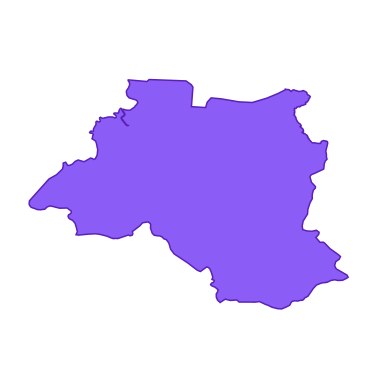 the district of Ngerutchei, Ngeremlengui, Palau, rotated 94°
{"feature_id": "81905179B75346360802885", "entity_name": "Ngerutchei", "entity_type": "district", "adm_level": 2, "iso_a3": "PLW", "parent_name": "Palau", "parent_adm1": "Ngeremlengui", "projection": "natural_earth1", "projection_center": [134.542, 7.526], "detail": "fine", "context": "isolated", "style": "filled", "palette": "violet", "viewbox_px": 384, "rotation_deg": 94, "n_neighbors": 0, "source": "geoboundaries", "source_scale": "gbopen_adm2", "svg_char_len": 5804}
<svg xmlns="http://www.w3.org/2000/svg" viewBox="0 0 384 384"><g transform="rotate(94 192 192)"><path d="M300.7,156.8L296.6,151.4L297.5,146.2L296.6,139.8L298.5,137.3L297.4,121.1L296.6,117.0L299.1,110.6L299.6,108.5L301.4,104.1L302.4,98.5L302.4,94.5L300.6,90.8L298.2,86.7L296.9,86.0L295.4,85.5L294.2,84.5L293.4,82.1L293.4,78.7L292.5,76.4L292.3,74.3L291.4,73.1L290.0,72.4L287.8,69.0L279.5,64.1L276.1,61.3L274.5,58.0L273.6,55.9L273.0,52.4L272.5,50.6L270.6,47.3L269.6,43.4L270.1,40.3L269.6,35.7L267.6,32.2L266.2,30.3L264.1,31.5L258.6,42.8L255.6,44.6L251.4,43.7L248.8,40.4L246.0,39.4L244.5,41.3L238.9,50.4L233.7,56.1L232.9,57.6L233.3,60.7L228.7,65.3L227.7,64.3L225.3,62.6L223.3,62.4L221.5,65.3L222.8,69.7L222.8,74.8L221.8,78.8L218.4,79.7L213.3,79.1L205.9,75.2L201.1,75.2L194.5,73.5L190.2,71.5L188.1,71.8L185.6,71.8L181.6,71.0L179.5,69.2L178.0,69.2L174.0,73.5L168.6,75.4L167.2,74.8L166.1,73.7L165.1,71.4L159.9,62.2L154.6,62.0L151.8,61.2L149.9,59.6L147.3,60.4L145.0,60.5L142.0,61.4L134.6,60.1L133.1,60.1L132.8,60.3L132.7,60.4L132.3,60.5L131.9,61.4L132.1,61.8L131.8,61.9L131.9,62.7L131.7,63.0L131.8,63.4L131.6,63.8L131.5,64.5L132.4,66.3L133.2,66.8L133.6,66.9L133.6,66.7L134.0,66.8L134.4,67.1L134.4,67.7L134.7,67.8L134.6,68.2L134.7,69.3L134.8,69.7L134.7,70.0L134.8,70.4L134.5,71.1L134.6,71.3L134.6,72.0L134.5,72.3L134.3,73.5L134.7,74.4L134.3,75.7L134.0,76.2L133.2,76.9L133.0,77.3L132.3,77.8L132.1,78.5L131.3,78.7L130.9,79.1L130.5,79.2L130.4,79.5L130.1,79.7L129.9,80.2L129.7,80.0L129.1,80.1L128.8,80.4L128.2,80.7L128.0,81.0L127.7,80.9L127.1,81.6L126.9,82.2L126.1,83.3L125.8,84.2L125.9,84.6L125.6,84.7L125.5,85.6L125.0,86.3L124.8,86.2L125.2,85.6L124.4,85.1L123.9,85.4L123.6,85.0L123.2,85.0L122.0,85.4L121.9,85.7L121.1,86.0L120.7,86.5L120.1,87.8L119.2,88.8L118.9,88.6L118.8,88.1L118.6,87.8L118.4,88.0L118.2,87.8L118.0,88.1L117.2,88.3L116.3,89.3L115.8,90.4L115.1,90.9L114.4,91.9L113.7,92.1L112.6,92.9L111.4,93.4L110.8,93.4L110.2,94.0L109.9,93.9L108.4,95.2L107.9,95.1L107.7,95.2L107.7,95.4L107.4,95.2L106.9,95.2L106.5,95.2L106.1,95.6L105.9,95.2L105.3,95.0L104.6,95.1L104.4,95.3L103.9,95.2L103.2,95.4L103.1,95.7L102.8,95.5L101.6,95.7L101.4,95.6L101.7,95.1L101.6,94.5L101.0,93.7L100.6,93.7L100.2,93.6L100.1,93.4L100.2,93.2L99.6,92.3L99.4,92.0L99.5,91.1L99.4,91.1L99.5,90.4L99.2,90.1L99.0,89.6L98.6,89.5L98.1,89.0L97.8,87.4L96.7,85.1L96.2,84.6L95.9,84.6L95.5,84.8L95.3,84.7L95.2,85.0L94.3,84.4L94.2,83.4L93.9,83.1L93.7,83.1L92.9,82.6L92.5,82.6L92.8,82.5L91.8,81.9L91.3,82.1L90.6,81.9L90.3,81.4L89.7,80.9L88.7,81.0L88.5,80.8L87.6,81.7L87.3,82.9L87.0,83.0L86.8,83.4L86.4,83.9L85.1,84.3L84.3,85.0L83.1,87.8L83.1,88.2L83.2,88.7L83.6,88.9L84.2,88.8L83.8,89.0L83.7,89.2L83.7,89.9L84.0,90.6L84.1,92.4L84.3,92.5L84.3,92.9L84.1,93.5L84.1,93.9L83.8,94.1L83.6,94.8L83.6,96.0L83.0,97.1L83.1,98.1L83.5,99.0L84.6,99.8L84.8,100.2L84.5,100.4L84.1,100.7L83.8,101.8L83.3,102.1L83.1,102.5L83.1,104.7L83.0,105.4L83.1,105.5L82.9,105.8L82.9,106.1L83.5,106.0L87.7,113.0L93.2,124.0L98.5,138.0L98.8,151.4L97.0,169.7L96.8,179.5L101.4,183.1L106.8,184.3L106.9,198.5L87.3,198.4L85.0,200.2L81.6,205.7L82.8,242.6L84.9,244.6L84.6,263.4L85.3,263.5L85.9,263.1L86.5,262.7L86.8,262.1L89.6,261.7L92.6,262.7L95.1,264.2L96.4,264.5L97.2,264.4L99.5,263.8L100.2,263.5L101.1,262.8L101.6,262.1L102.2,261.7L102.7,260.6L104.1,254.4L104.6,253.6L105.3,252.9L106.9,252.3L109.6,254.1L110.3,254.8L111.0,255.0L112.9,257.2L113.6,258.2L114.0,258.5L114.3,258.9L114.7,259.8L114.8,260.4L114.9,262.5L114.7,264.6L114.5,265.0L114.5,265.4L114.2,266.4L114.4,266.9L114.9,267.0L115.8,266.7L118.1,264.8L119.4,264.2L120.5,264.7L121.3,265.5L122.5,267.3L122.9,267.4L123.3,267.2L123.8,267.0L125.9,265.2L129.0,262.5L129.6,261.6L130.1,260.2L130.2,260.3L130.3,261.6L130.1,262.0L129.5,262.7L125.4,266.5L123.6,267.8L122.5,267.8L121.6,266.9L120.4,265.2L119.9,264.9L119.0,264.9L117.0,266.4L116.5,266.8L115.3,267.5L114.1,267.9L113.7,268.3L113.5,268.8L113.6,269.2L114.4,269.8L115.7,270.4L117.7,270.7L117.7,271.0L118.5,271.3L118.6,272.2L118.5,274.1L118.7,275.1L119.3,275.5L120.0,275.1L120.7,273.8L121.3,273.0L122.7,272.8L123.2,273.2L123.4,274.1L122.7,276.6L123.0,280.7L124.7,286.1L124.4,287.4L123.8,288.4L124.2,289.1L124.7,289.4L125.9,289.1L127.0,288.5L127.8,288.5L128.7,289.4L128.4,290.6L128.1,291.0L128.0,291.9L128.4,292.5L129.1,292.7L130.9,292.5L131.8,292.6L133.5,293.6L136.0,294.7L138.2,294.6L138.5,295.2L138.2,297.0L139.0,297.9L139.9,298.3L140.4,297.4L140.4,295.9L141.1,294.5L141.8,294.5L142.8,295.0L145.0,295.1L145.8,295.5L147.9,291.8L149.7,290.9L156.5,289.0L161.8,289.2L165.6,290.8L166.3,292.5L165.5,293.8L165.2,295.5L169.3,301.7L168.5,305.8L168.0,307.8L169.6,310.7L172.5,313.2L174.0,316.0L174.0,318.1L172.5,319.0L171.1,320.1L172.1,322.5L175.1,322.3L178.1,322.8L184.2,328.3L189.0,335.6L211.9,353.4L212.0,353.3L213.5,353.7L215.5,353.6L216.7,353.1L218.5,351.4L219.9,346.3L220.3,345.2L220.3,341.9L219.4,337.6L217.1,335.5L215.9,333.1L215.9,331.2L217.4,322.9L216.7,315.5L219.6,311.0L221.3,311.1L222.4,312.0L223.3,313.5L224.7,314.0L226.5,313.2L227.4,312.1L228.7,309.0L231.5,306.4L236.0,304.7L239.6,303.6L242.7,304.7L242.9,302.1L241.2,292.0L240.4,285.1L240.7,281.0L242.0,273.7L243.4,269.6L244.0,267.2L243.7,265.6L243.6,262.7L241.1,256.6L239.3,252.4L240.0,250.9L239.4,248.8L238.0,248.1L235.4,248.7L234.8,247.8L229.4,241.7L226.2,239.2L224.9,233.8L226.2,231.6L227.6,230.9L230.9,230.9L235.9,228.8L237.8,226.7L238.1,223.4L238.1,220.8L239.1,218.5L240.6,216.9L241.4,214.2L244.5,211.6L250.6,209.3L255.0,205.5L263.1,191.2L269.4,181.7L270.3,179.6L270.7,178.0L265.8,172.2L266.1,170.5L267.4,168.9L270.2,167.4L275.5,165.3L276.9,165.6L277.6,166.1L278.1,165.5L278.2,164.3L278.8,163.6L280.6,164.2L281.3,165.8L282.2,166.6L283.1,167.0L284.1,166.0L285.4,162.3L287.8,159.1L290.2,159.7L292.0,160.7L295.3,160.4L298.2,158.9L299.4,157.4L300.0,156.2L300.7,156.8Z" fill="#8b5cf6" stroke="#5b21b6" stroke-width="1.5"/></g></svg>